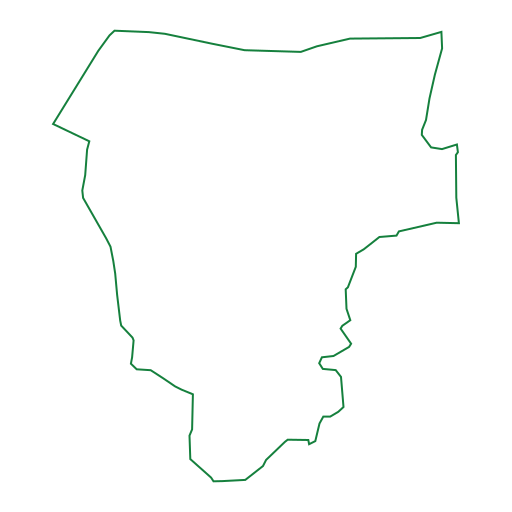 the district of Belbédji, Zinder, Niger
{"feature_id": "23599985B37162587774633", "entity_name": "Belbédji", "entity_type": "district", "adm_level": 2, "iso_a3": "NER", "parent_name": "Niger", "parent_adm1": "Zinder", "projection": "orthographic", "projection_center": [7.925, 15.006], "detail": "fine", "context": "isolated", "style": "outline", "palette": "green", "viewbox_px": 512, "rotation_deg": 0, "n_neighbors": 0, "source": "geoboundaries", "source_scale": "gbopen_adm2", "svg_char_len": 1173}
<svg xmlns="http://www.w3.org/2000/svg" viewBox="0 0 512 512"><path d="M213.5,481.3L222.5,481.1L245.3,479.9L263.0,466.0L266.1,459.9L285.0,441.8L287.7,439.7L308.3,440.0L309.1,444.2L315.3,441.1L319.5,423.5L323.3,416.6L330.2,416.6L338.3,411.8L343.5,407.0L341.0,376.9L335.7,370.1L322.8,368.9L319.2,363.2L321.9,357.3L333.5,356.0L349.1,346.9L351.1,343.7L340.6,328.6L342.3,325.8L350.3,320.2L346.5,308.8L345.7,289.3L347.9,287.3L355.8,266.8L356.1,253.8L363.9,249.2L379.4,237.0L396.5,235.6L398.9,231.4L436.7,222.7L458.9,223.2L456.3,197.7L455.9,155.0L457.9,152.2L456.9,144.5L442.0,149.1L431.1,147.4L421.8,134.9L422.1,129.8L426.0,120.0L429.5,98.4L434.9,74.6L442.1,48.4L441.4,31.9L420.2,38.0L350.0,38.6L316.9,46.3L300.8,51.9L244.6,50.2L212.0,43.7L164.9,33.8L148.8,32.1L114.5,30.7L109.5,35.4L98.3,50.8L53.1,124.0L89.3,141.3L87.1,149.6L85.2,175.1L82.3,190.5L83.1,197.9L106.2,238.4L110.5,246.7L113.3,261.1L115.2,273.6L117.1,294.6L120.2,320.6L121.2,325.6L132.5,337.6L133.6,340.4L132.1,357.4L130.9,363.7L136.7,369.3L150.7,370.2L163.2,378.3L175.1,386.4L181.7,389.7L192.9,394.3L192.1,429.4L189.5,435.6L190.3,459.1L211.1,477.6L213.5,481.3Z" fill="none" stroke="#15803d" stroke-width="2"/></svg>